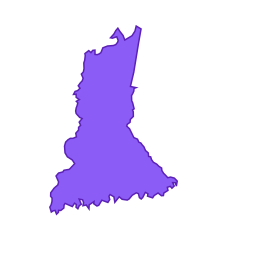 the district of Arvorezinha, Rio Grande do Sul, Brazil, rotated 284°
{"feature_id": "56859067B39750308263867", "entity_name": "Arvorezinha", "entity_type": "district", "adm_level": 2, "iso_a3": "BRA", "parent_name": "Brazil", "parent_adm1": "Rio Grande do Sul", "projection": "albers", "projection_center": [-52.195, -28.889], "detail": "fine", "context": "isolated", "style": "filled", "palette": "violet", "viewbox_px": 256, "rotation_deg": 284, "n_neighbors": 0, "source": "geoboundaries", "source_scale": "gbopen_adm2", "svg_char_len": 2229}
<svg xmlns="http://www.w3.org/2000/svg" viewBox="0 0 256 256"><g transform="rotate(284 128 128)"><path d="M227.3,116.7L228.9,111.3L223.7,111.3L218.5,109.6L212.6,103.6L216.6,100.8L219.8,96.7L222.4,94.0L219.6,92.6L215.8,91.6L211.3,89.2L211.4,91.2L213.8,95.0L210.6,97.3L208.7,97.2L206.0,96.0L204.5,93.9L202.6,88.3L199.7,84.2L194.6,83.5L193.0,82.2L191.7,80.4L191.4,78.2L195.6,77.1L194.8,75.0L192.2,73.8L193.6,71.2L189.8,68.2L187.9,69.0L183.4,69.6L180.4,69.4L174.9,71.0L171.5,71.1L169.0,69.7L165.5,72.4L162.7,72.2L160.2,70.8L156.9,69.5L155.0,71.8L152.1,70.1L150.7,67.8L147.4,67.0L148.2,69.5L145.2,70.3L143.8,73.9L141.4,71.4L140.3,73.2L137.5,73.2L135.0,72.9L131.8,73.1L129.5,74.2L126.6,78.5L126.1,81.2L121.9,79.2L119.2,81.4L116.7,79.9L114.0,80.5L110.3,78.6L106.9,80.1L104.7,77.2L104.0,74.5L101.9,72.5L99.2,70.9L95.0,70.8L88.7,72.9L85.4,76.1L83.5,81.7L80.5,84.9L73.7,81.1L71.5,76.1L69.6,75.4L67.5,71.5L64.0,69.8L58.9,73.7L55.8,73.7L51.8,70.9L46.5,68.7L43.1,69.4L41.6,71.3L38.5,72.0L34.9,72.0L32.3,71.3L27.9,73.9L29.6,75.5L30.4,77.2L27.1,79.5L29.3,80.9L31.3,80.6L31.7,82.7L34.8,85.1L37.8,84.6L39.6,85.2L38.3,93.0L42.1,94.3L41.3,96.4L38.6,96.7L37.5,98.9L40.8,99.5L42.7,101.1L47.2,97.8L47.4,101.3L44.9,102.9L41.7,103.1L43.2,106.1L40.1,109.7L44.0,108.9L48.4,112.8L46.2,113.1L44.8,116.7L45.9,118.3L51.6,120.1L50.9,126.5L54.2,127.6L57.2,126.0L59.1,126.7L57.8,131.0L52.7,133.2L59.1,136.1L57.4,139.5L57.9,144.7L59.3,146.2L63.8,148.4L67.1,151.7L66.8,154.0L63.2,155.9L62.3,158.0L64.1,159.1L69.7,160.4L69.1,163.2L66.6,163.4L66.4,165.7L66.2,168.8L68.8,169.7L72.2,172.9L70.4,176.8L71.0,178.7L73.6,178.5L77.1,181.9L80.0,180.5L81.6,183.1L80.2,185.2L82.9,186.9L85.8,184.6L86.4,187.1L83.3,189.0L88.4,188.6L90.6,185.1L90.7,181.2L89.4,178.6L91.1,176.1L92.7,173.4L95.0,171.1L97.3,170.3L98.3,167.2L99.9,164.6L100.9,160.9L103.1,158.4L105.5,157.0L105.4,154.9L108.7,153.7L110.4,150.4L113.7,147.9L115.0,145.9L116.5,144.2L116.9,141.9L119.5,139.9L120.1,136.0L127.6,129.7L129.5,126.3L131.4,126.4L134.0,128.6L136.9,128.2L140.5,130.4L145.0,129.2L146.6,128.0L148.1,129.3L153.6,126.4L155.3,125.0L160.3,123.6L162.7,124.3L165.2,124.7L167.9,124.3L169.1,126.0L168.9,120.3L183.5,120.1L212.6,117.7L227.3,116.7Z" fill="#8b5cf6" stroke="#5b21b6" stroke-width="1.5"/></g></svg>